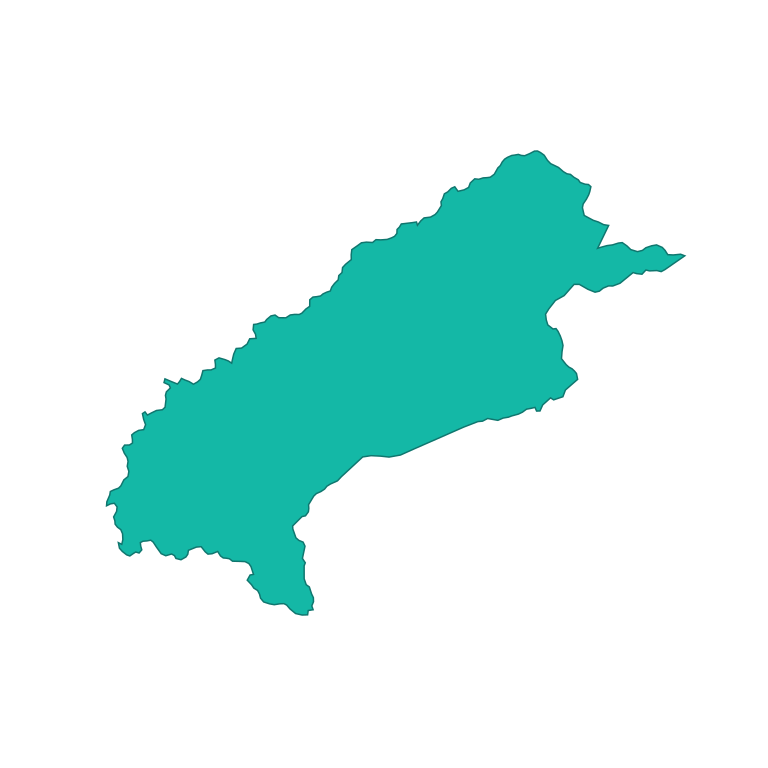 outline of Barro Alto, Goiás, Brazil, rotated 211°
{"feature_id": "56859067B57270530570093", "entity_name": "Barro Alto", "entity_type": "district", "adm_level": 2, "iso_a3": "BRA", "parent_name": "Brazil", "parent_adm1": "Goiás", "projection": "orthographic", "projection_center": [-48.875, -14.903], "detail": "fine", "context": "isolated", "style": "filled", "palette": "teal", "viewbox_px": 768, "rotation_deg": 211, "n_neighbors": 0, "source": "geoboundaries", "source_scale": "gbopen_adm2", "svg_char_len": 4611}
<svg xmlns="http://www.w3.org/2000/svg" viewBox="0 0 768 768"><g transform="rotate(211 384 384)"><path d="M529.0,338.3L528.2,332.2L526.9,328.1L525.3,323.4L529.2,323.6L532.9,323.0L538.9,321.4L541.3,317.4L538.6,314.0L536.7,310.9L539.5,307.0L542.6,305.1L546.1,302.2L544.8,297.8L543.8,293.4L544.9,289.8L547.2,285.7L552.4,285.7L556.8,284.9L560.5,284.5L560.5,280.9L561.0,277.6L567.3,276.6L574.4,275.6L573.3,271.9L567.7,272.5L565.1,270.6L566.5,265.2L565.5,261.7L563.1,258.9L559.7,251.3L560.7,247.8L565.4,244.1L568.6,239.2L570.8,235.5L574.5,237.0L575.8,234.2L571.9,230.0L567.4,226.3L566.5,221.1L570.4,217.9L572.9,213.7L574.0,210.4L571.1,206.9L569.2,203.9L570.8,200.6L574.9,198.0L575.2,194.1L570.9,190.9L566.3,188.7L563.5,185.8L561.7,181.2L557.7,177.7L555.8,172.8L557.6,167.9L557.1,161.1L557.9,158.0L561.0,154.2L563.2,150.9L561.9,147.6L560.9,140.3L559.1,136.7L556.7,140.4L553.7,142.9L549.5,141.2L547.6,137.1L547.3,130.8L544.2,128.1L542.3,125.4L538.7,124.0L534.6,123.6L531.0,121.0L527.7,116.1L526.2,111.5L530.0,111.2L526.2,107.0L522.1,105.7L516.6,105.0L513.3,105.7L511.7,109.3L510.3,112.1L506.9,113.0L506.2,117.1L509.0,119.7L511.2,122.6L509.6,125.1L506.4,127.4L503.5,130.0L500.4,129.6L495.0,127.0L487.6,123.8L482.6,124.4L478.5,128.9L475.2,129.0L472.5,127.3L467.5,128.8L464.7,133.7L464.5,137.0L466.0,140.7L460.8,147.6L456.9,150.4L450.9,148.1L447.3,147.5L443.9,150.0L440.3,154.8L435.6,152.4L432.2,152.1L429.6,153.4L426.5,154.6L422.6,154.1L415.7,158.0L411.6,160.2L407.4,160.5L404.0,159.0L397.8,153.6L400.4,151.3L400.2,145.4L394.1,143.7L390.5,142.0L386.0,141.9L382.5,139.8L379.5,136.8L374.9,135.2L368.9,136.6L364.4,138.3L360.0,142.0L356.6,144.2L353.5,144.4L348.8,142.8L341.6,141.7L335.2,143.8L330.6,146.8L332.3,150.8L328.5,154.0L331.6,156.6L332.3,161.1L334.5,164.5L338.0,166.8L343.5,171.6L347.3,171.9L352.1,175.9L358.8,187.0L359.4,190.2L364.1,192.5L368.2,204.3L371.9,206.8L376.5,206.1L380.3,206.8L387.5,212.8L389.2,215.3L386.0,228.1L383.4,230.6L383.0,235.5L384.3,238.5L386.5,241.7L386.5,251.7L385.5,255.3L382.7,259.3L380.8,263.3L380.3,267.0L378.4,270.7L374.0,277.0L372.8,282.6L364.7,310.5L358.2,315.9L349.8,320.4L342.0,324.0L333.3,331.6L324.9,343.7L304.3,372.8L293.5,388.1L284.2,400.1L280.4,402.9L277.4,407.8L267.7,411.5L264.3,416.2L260.2,419.7L258.1,422.4L253.3,427.4L250.8,431.2L248.9,435.8L245.4,438.9L242.5,441.7L239.3,439.4L236.4,441.2L237.2,447.8L234.1,457.9L230.4,457.8L227.3,461.5L224.1,465.2L225.4,472.3L221.4,484.7L220.4,487.7L224.4,492.1L227.4,493.2L230.7,493.9L234.2,493.7L237.8,494.4L244.9,497.1L248.1,503.5L250.4,509.2L253.8,512.8L257.7,516.0L262.0,518.8L265.1,520.1L267.5,518.2L270.6,518.6L274.0,519.0L277.9,522.5L281.5,527.1L281.4,533.5L280.5,540.5L280.1,543.9L277.5,548.4L275.1,552.6L272.4,567.3L267.9,570.0L258.0,570.2L250.4,571.4L247.2,574.5L245.5,579.1L242.0,583.8L238.4,585.8L233.6,591.9L227.9,607.8L224.4,608.7L219.4,611.0L218.2,616.6L214.7,617.7L208.5,621.8L204.3,623.1L202.2,626.6L192.2,648.8L196.6,648.0L202.5,643.6L207.4,641.0L211.9,643.3L215.8,644.4L222.0,643.6L225.7,640.4L229.7,635.7L231.3,631.6L234.9,628.0L241.7,626.3L246.9,627.5L252.6,627.9L255.7,625.5L259.8,620.9L264.1,617.5L268.6,612.8L270.8,610.3L273.1,635.6L277.8,633.7L283.6,633.3L288.9,632.1L294.7,631.8L299.2,631.6L302.3,634.8L304.7,637.3L306.0,640.9L305.7,646.7L306.0,651.6L306.7,654.9L308.3,659.7L311.5,660.3L314.6,658.8L319.6,657.8L322.7,659.1L327.7,659.0L332.1,659.7L335.5,658.4L339.7,658.4L345.9,659.5L350.5,659.1L354.6,658.7L359.1,659.9L364.5,662.6L369.0,663.0L372.4,662.8L375.0,661.1L377.8,656.5L381.0,652.1L384.2,650.6L387.1,650.0L389.7,647.7L392.2,645.7L394.9,641.9L396.4,638.9L397.0,635.3L396.8,631.1L397.7,627.9L397.5,620.6L399.4,616.0L401.9,614.0L405.2,611.7L408.2,608.3L411.9,606.6L413.6,600.7L412.7,596.1L415.3,591.7L419.8,587.3L424.9,589.5L427.1,586.4L428.3,581.5L430.2,578.1L429.1,573.0L429.0,569.5L426.7,566.5L426.8,558.8L427.5,555.5L430.1,551.0L435.2,547.0L436.5,542.7L437.1,537.3L439.6,539.6L443.2,536.6L447.6,533.2L451.6,530.1L451.6,526.4L452.4,523.2L450.5,519.7L451.0,516.0L452.7,513.3L455.7,509.6L461.1,505.8L465.2,503.6L466.7,499.4L472.2,496.5L476.1,493.4L477.9,489.1L480.8,482.6L478.7,477.9L476.1,473.8L477.5,469.9L478.6,466.8L479.5,462.5L477.4,457.9L478.6,453.7L476.9,449.7L478.2,444.7L478.7,440.0L477.9,436.1L480.5,433.1L482.7,429.8L483.7,426.8L486.8,424.1L489.7,421.9L491.0,418.0L487.7,412.3L489.6,408.0L490.9,402.4L492.5,399.9L496.5,397.6L499.9,394.9L502.2,390.2L508.4,386.6L512.9,387.0L516.0,384.1L517.8,378.8L518.1,375.7L521.4,372.7L523.8,369.9L526.4,367.9L524.1,363.0L519.8,360.5L517.1,357.3L522.4,353.6L521.9,347.7L524.6,341.4L529.0,338.3Z" fill="#14b8a6" stroke="#0f766e" stroke-width="1.5"/></g></svg>